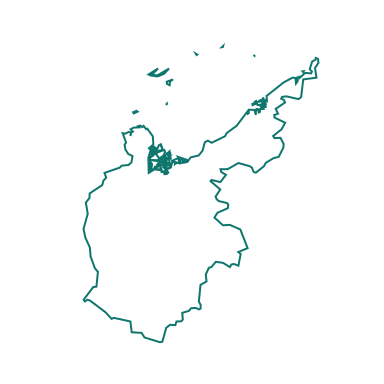 Berau, Kalimantan Timur, Indonesia (Natural Earth projection), rotated 280°
{"feature_id": "22746128B34069275840087", "entity_name": "Berau", "entity_type": "district", "adm_level": 2, "iso_a3": "IDN", "parent_name": "Indonesia", "parent_adm1": "Kalimantan Timur", "projection": "natural_earth1", "projection_center": [118.307, 1.815], "detail": "fine", "context": "isolated", "style": "outline", "palette": "teal", "viewbox_px": 384, "rotation_deg": 280, "n_neighbors": 0, "source": "geoboundaries", "source_scale": "gbopen_adm2", "svg_char_len": 6156}
<svg xmlns="http://www.w3.org/2000/svg" viewBox="0 0 384 384"><g transform="rotate(280 192 192)"><path d="M237.9,113.5L229.2,118.5L226.9,117.4L222.4,119.0L218.4,122.6L217.1,127.2L210.6,127.2L207.5,124.7L205.7,118.1L203.5,116.7L195.6,102.5L191.2,105.0L187.8,102.8L183.2,102.4L172.9,91.5L168.2,92.0L163.1,89.3L152.5,93.1L136.8,91.6L128.7,94.8L119.5,101.1L110.7,103.4L99.8,109.8L97.1,113.2L82.2,114.3L81.2,111.2L67.1,104.0L65.6,105.5L67.7,107.6L67.4,110.4L58.6,127.6L53.1,134.9L54.5,137.0L53.8,153.8L43.4,157.0L44.5,166.8L40.5,170.5L38.5,186.3L39.4,188.8L53.8,190.2L57.4,193.5L58.0,198.7L61.8,199.2L62.8,203.9L64.7,205.1L71.3,203.4L74.4,209.6L77.3,211.2L78.5,215.6L77.6,219.3L78.7,220.7L82.2,220.2L85.2,217.8L102.0,216.5L106.4,221.8L113.3,219.9L120.3,221.8L121.5,224.2L127.4,227.6L127.6,234.9L124.6,242.3L127.4,243.4L128.4,245.8L127.5,250.5L139.5,250.7L140.9,248.0L146.4,256.5L163.5,246.1L166.2,234.9L164.6,228.3L170.7,218.6L175.9,220.6L182.3,230.1L185.8,229.9L187.2,228.5L187.7,219.9L189.1,217.7L191.5,216.0L199.4,219.4L205.9,208.4L207.2,209.1L206.7,218.2L214.8,222.5L216.7,217.4L219.4,216.1L220.7,223.2L228.6,232.7L227.5,243.9L226.5,246.7L222.6,249.1L222.1,251.5L229.8,258.3L233.6,259.7L239.5,266.4L241.7,271.3L251.7,274.3L255.4,273.8L260.7,269.7L259.4,263.9L261.2,262.2L269.3,269.3L276.4,271.7L279.6,260.4L282.1,259.6L284.1,263.1L288.4,260.0L296.3,268.1L298.6,266.5L299.4,263.6L301.3,264.2L302.6,268.3L302.0,280.8L304.4,283.0L322.2,282.0L326.2,294.7L335.6,291.6L341.0,294.1L345.0,293.0L345.5,290.6L343.7,290.6L341.4,287.7L333.4,286.6L331.4,289.2L329.5,288.7L328.9,282.7L323.0,278.2L324.2,277.9L323.0,275.7L319.7,276.9L316.9,275.6L322.2,274.1L322.1,271.2L315.9,263.3L299.6,248.8L294.4,250.0L293.9,247.5L291.4,249.5L290.1,249.0L291.6,247.5L290.6,246.5L288.9,247.5L289.1,249.7L288.6,249.8L287.7,248.3L289.3,245.1L288.3,244.7L287.8,246.3L286.2,247.9L285.4,244.7L282.7,245.0L281.9,243.9L285.0,242.8L284.9,241.2L283.5,241.1L284.7,240.5L279.0,241.5L283.7,239.3L282.9,233.6L279.4,234.2L278.7,233.4L280.5,232.4L265.0,224.5L256.0,215.9L252.7,214.9L243.9,202.8L245.3,198.7L243.3,196.0L234.5,195.2L229.1,192.2L225.9,184.7L221.0,182.4L219.8,180.0L218.8,176.6L219.0,175.1L218.1,175.3L217.9,175.1L218.4,173.0L217.8,172.3L217.6,171.1L217.0,170.7L216.8,170.5L216.9,170.2L217.1,170.1L218.4,170.2L218.2,169.1L218.8,167.3L212.5,167.0L209.5,162.9L207.0,165.3L205.3,164.0L204.8,161.7L207.3,161.0L206.3,158.6L208.1,158.1L207.8,151.1L203.3,146.1L217.9,143.1L226.4,144.0L227.6,142.0L232.1,145.7L240.1,143.7L246.6,136.9L245.9,135.9L248.7,132.9L247.4,132.0L248.4,129.2L247.4,127.4L246.5,128.8L245.3,123.4L243.1,120.6L241.2,123.3L240.4,121.9L236.4,121.6L239.9,121.6L240.2,119.2L237.8,116.1L237.9,113.5ZM224.3,149.3L220.9,147.3L219.2,145.4L219.0,144.4L216.3,145.4L217.5,153.3L219.4,153.8L223.2,149.9L224.9,150.5L227.1,152.4L228.3,156.1L233.4,153.2L233.0,152.8L231.8,153.7L231.6,153.7L233.3,152.5L232.3,151.3L224.3,149.3ZM216.4,153.3L216.3,146.1L214.1,145.5L213.5,146.9L212.6,147.8L206.7,148.0L208.3,150.9L208.7,157.6L213.0,155.5L212.4,153.7L212.0,154.4L211.3,154.5L209.9,152.5L209.9,153.0L209.5,153.6L210.7,150.2L210.3,152.4L211.6,154.3L213.2,153.1L214.9,154.3L216.4,153.3ZM228.2,162.8L219.8,156.5L217.3,157.4L218.7,158.6L218.8,159.1L218.8,159.5L218.5,160.2L217.9,161.0L216.7,161.5L216.9,162.5L216.3,165.3L220.8,163.3L220.9,162.1L218.6,161.9L220.5,161.4L220.0,160.9L219.7,159.3L220.3,158.8L220.0,160.7L220.6,161.4L220.0,161.8L221.0,161.6L220.4,160.2L220.6,159.6L220.5,160.3L221.7,159.7L221.9,159.9L221.1,163.6L223.0,164.1L223.1,162.9L223.4,162.8L223.8,163.3L223.7,162.7L224.1,161.7L224.7,161.4L225.2,161.5L225.5,163.5L228.2,162.8ZM213.9,159.3L212.5,156.0L209.2,158.0L206.6,158.6L207.6,160.7L207.2,161.6L205.8,162.1L206.8,164.5L209.4,161.9L212.1,165.5L215.9,165.0L216.2,163.5L214.8,164.2L214.6,163.8L214.6,162.6L214.3,162.2L213.2,162.6L212.8,161.7L212.5,162.3L212.2,162.4L210.9,161.3L210.8,160.6L211.4,159.4L213.9,159.3ZM226.8,158.5L228.6,157.3L224.9,151.0L223.0,150.2L219.3,154.1L223.2,157.7L226.8,158.5ZM219.2,156.4L219.0,155.1L215.7,154.7L214.9,156.2L213.5,156.4L213.9,159.4L211.5,159.4L210.9,161.2L212.3,162.3L212.7,161.5L214.4,162.1L214.7,162.7L214.8,164.1L216.3,163.3L216.7,161.4L218.6,158.7L217.7,158.5L217.6,159.1L217.3,159.3L217.0,159.3L216.5,159.1L216.1,158.5L215.5,158.6L215.6,160.1L215.4,160.9L215.0,161.2L214.7,161.3L214.3,161.1L214.2,160.7L215.2,160.9L215.3,158.9L215.6,158.5L216.2,158.5L216.8,159.2L217.5,159.1L216.3,157.8L216.4,156.7L217.1,157.9L217.2,157.4L217.4,157.3L219.2,156.4ZM222.7,182.2L224.2,172.1L221.0,175.0L218.1,174.2L219.2,175.0L219.5,178.2L220.3,178.3L221.4,177.3L221.6,177.3L220.1,179.8L220.8,180.5L220.8,179.6L221.4,178.7L221.1,180.9L222.0,181.7L222.0,180.8L222.4,180.3L222.7,182.2ZM289.3,236.2L288.1,236.6L290.7,240.5L289.0,241.5L290.0,244.7L293.0,247.0L296.0,246.3L294.1,243.2L293.3,244.6L293.3,243.0L292.2,243.6L293.0,242.5L291.4,240.1L292.7,239.4L291.8,238.3L290.9,239.5L289.3,236.2ZM307.8,137.2L300.4,129.0L299.6,130.4L299.8,138.0L303.5,143.9L309.6,148.0L300.8,137.6L300.4,130.0L302.9,133.8L307.8,137.2ZM223.1,172.7L219.4,167.3L218.4,170.3L216.9,170.4L217.6,170.9L218.4,172.2L218.8,174.0L220.9,174.9L220.5,174.3L220.5,173.8L223.1,172.7ZM225.1,146.4L219.3,145.2L221.1,147.2L225.4,148.2L225.1,146.4ZM229.0,148.8L230.0,146.6L227.4,142.5L226.3,144.7L229.0,148.8ZM296.2,148.0L294.2,148.5L293.3,151.4L297.1,151.2L299.6,153.8L296.2,148.0ZM206.0,147.2L213.6,145.7L210.5,145.3L206.0,147.2ZM225.2,161.9L222.9,164.3L221.0,163.8L221.0,165.2L225.9,163.9L225.0,163.1L225.2,161.9ZM260.3,120.2L259.3,121.0L261.7,124.5L262.3,123.3L260.3,120.2ZM214.3,156.1L215.0,154.8L212.5,153.6L213.0,155.3L214.3,156.1ZM226.2,145.0L223.7,144.8L226.7,147.5L226.2,145.0ZM287.5,246.2L286.0,245.2L286.6,247.0L287.5,246.2ZM327.7,172.7L328.3,173.3L328.9,171.7L327.7,172.7ZM274.6,151.9L273.4,151.1L274.2,152.0L274.6,151.9ZM340.1,197.2L341.2,197.3L339.8,196.3L340.1,197.2ZM296.4,245.5L296.3,246.1L297.4,245.4L296.4,245.5ZM330.3,280.9L330.0,279.9L329.5,280.5L330.3,280.9ZM295.6,248.9L295.0,248.6L294.7,249.4L295.6,248.9ZM225.0,149.1L224.4,148.6L224.0,148.9L225.0,149.1ZM336.9,229.9L337.0,229.9L337.8,228.9L337.0,229.7L336.9,229.9Z" fill="none" stroke="#0f766e" stroke-width="2"/></g></svg>